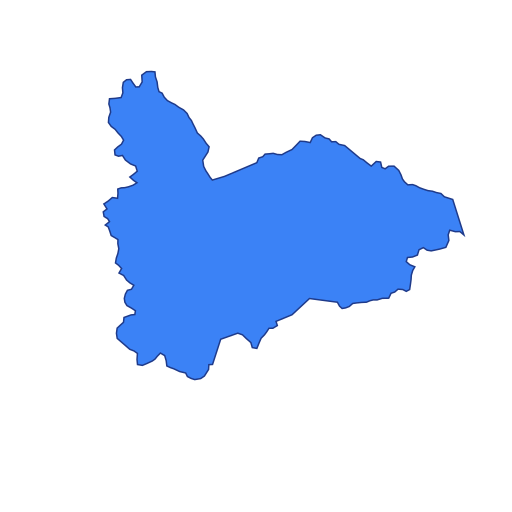 Matos Costa, Santa Catarina, Brazil (Mercator projection), rotated 19°
{"feature_id": "56859067B2594470752105", "entity_name": "Matos Costa", "entity_type": "district", "adm_level": 2, "iso_a3": "BRA", "parent_name": "Brazil", "parent_adm1": "Santa Catarina", "projection": "mercator", "projection_center": [-51.158, -26.497], "detail": "fine", "context": "isolated", "style": "filled", "palette": "blue", "viewbox_px": 512, "rotation_deg": 19, "n_neighbors": 0, "source": "geoboundaries", "source_scale": "gbopen_adm2", "svg_char_len": 3194}
<svg xmlns="http://www.w3.org/2000/svg" viewBox="0 0 512 512"><g transform="rotate(19 256 256)"><path d="M151.6,379.1L167.0,385.3L171.6,385.5L175.6,386.7L177.2,392.6L179.3,397.2L184.2,396.4L187.9,393.1L192.1,389.1L194.1,386.3L195.3,382.9L197.2,378.9L202.1,379.9L205.2,384.3L207.5,389.0L211.5,389.4L214.9,389.4L221.4,390.1L227.6,389.5L230.4,392.3L234.6,392.9L238.3,392.8L243.6,389.9L246.3,386.3L247.2,382.5L248.1,378.7L246.8,374.1L250.2,372.7L249.7,346.2L263.9,334.9L268.9,334.9L273.7,337.2L279.3,339.5L282.3,343.8L286.9,343.1L287.2,337.1L287.6,332.1L289.7,327.7L290.8,324.2L291.8,320.1L295.5,318.8L298.8,314.8L296.2,311.3L309.2,299.8L320.4,278.8L348.0,273.2L351.3,276.2L354.5,277.6L357.6,275.9L360.6,273.4L362.9,269.4L366.4,267.6L371.0,265.5L375.5,263.7L378.3,261.2L381.2,259.3L384.8,258.1L389.2,254.9L395.2,252.7L395.8,247.3L398.9,244.9L401.1,241.1L405.7,239.9L409.6,240.5L412.2,237.7L411.2,232.3L410.3,227.9L409.1,223.5L408.9,218.6L409.7,214.5L404.3,214.2L399.9,212.4L399.7,208.1L404.3,206.0L408.3,202.6L408.1,197.0L411.5,193.6L415.9,194.8L420.0,194.1L423.2,192.2L427.5,189.6L432.7,186.0L433.3,178.5L430.8,173.4L430.8,168.5L436.6,168.1L440.8,166.5L445.7,168.4L423.6,138.5L414.8,138.7L410.5,136.7L405.9,137.3L401.8,137.3L397.3,138.2L392.9,138.3L388.2,138.2L384.3,137.5L380.8,137.5L376.4,139.3L372.2,137.5L369.4,135.5L366.7,132.1L363.1,128.6L357.3,126.1L352.2,127.9L349.7,131.5L346.1,131.3L343.2,126.6L338.9,127.5L335.7,133.5L330.3,131.7L326.1,130.1L322.7,129.9L303.9,122.7L298.1,123.4L294.2,121.9L290.3,123.4L287.0,121.5L282.9,121.9L277.4,120.4L273.6,122.2L270.9,125.8L270.3,131.1L265.0,131.8L260.3,133.1L258.1,137.9L255.4,143.6L250.7,148.2L247.5,151.8L243.1,153.1L238.9,153.3L235.1,155.1L231.4,156.7L230.1,159.9L226.7,162.5L226.4,167.5L200.3,191.0L190.0,198.4L187.0,196.6L183.8,194.0L180.9,191.8L177.4,188.4L174.4,182.7L175.6,177.9L176.7,173.3L176.1,168.0L172.2,165.7L168.1,162.5L164.8,160.6L160.5,158.8L156.6,154.7L153.2,151.4L150.8,148.9L147.6,146.9L144.5,143.7L140.0,141.5L134.5,140.5L130.0,139.1L126.2,138.7L121.6,137.9L117.5,135.7L114.2,132.6L110.8,132.2L108.3,128.7L105.8,123.6L102.6,119.4L100.5,114.8L97.0,115.6L92.4,117.4L89.1,122.2L91.7,128.5L90.5,134.1L87.3,135.3L83.3,132.5L79.9,129.9L76.2,131.5L74.0,135.0L74.9,140.3L77.0,145.1L76.9,150.1L71.5,152.8L66.3,155.0L67.4,160.2L69.7,163.4L71.7,167.3L71.7,172.9L73.0,177.8L76.9,180.6L81.6,182.1L85.5,184.6L89.8,186.8L93.1,189.6L92.4,194.1L89.8,197.8L87.7,201.8L89.8,206.3L93.5,206.4L97.0,204.4L101.3,207.8L107.4,209.8L112.9,210.1L116.1,214.5L113.3,219.1L111.0,222.4L115.4,224.3L119.6,225.5L116.7,229.1L112.9,232.1L109.7,234.1L106.3,235.5L103.5,237.7L105.1,241.7L106.3,246.5L101.1,247.5L98.4,252.1L95.2,256.3L99.8,260.0L97.2,264.0L99.5,268.1L103.6,269.0L106.3,271.2L103.4,275.8L106.8,276.6L109.9,280.4L112.4,283.8L116.0,284.5L120.1,285.4L121.4,289.4L123.9,293.8L124.6,298.6L124.6,303.4L125.4,308.3L129.1,309.5L133.0,311.6L132.0,316.7L137.2,317.5L141.5,320.9L145.6,322.5L150.0,323.4L149.1,328.0L145.6,330.3L144.9,334.5L145.3,339.0L147.1,342.4L150.1,344.9L155.1,345.8L159.8,347.0L160.5,350.8L157.0,352.4L151.2,357.1L152.3,361.8L150.1,365.8L148.2,369.4L149.2,374.5L151.6,379.1Z" fill="#3b82f6" stroke="#1e3a8a" stroke-width="1.5"/></g></svg>